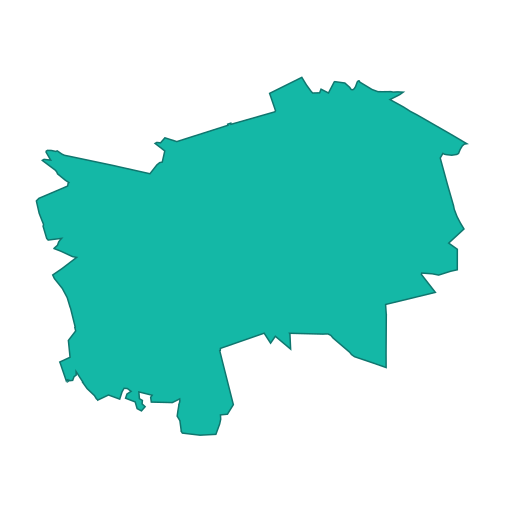 Harare, Harare, Zimbabwe (Mercator projection), rotated 177°
{"feature_id": "62879985B33947363062254", "entity_name": "Harare", "entity_type": "district", "adm_level": 2, "iso_a3": "ZWE", "parent_name": "Zimbabwe", "parent_adm1": "Harare", "projection": "mercator", "projection_center": [31.083, -17.799], "detail": "fine", "context": "isolated", "style": "filled", "palette": "teal", "viewbox_px": 512, "rotation_deg": 177, "n_neighbors": 0, "source": "geoboundaries", "source_scale": "gbopen_adm2", "svg_char_len": 3030}
<svg xmlns="http://www.w3.org/2000/svg" viewBox="0 0 512 512"><g transform="rotate(177 256 256)"><path d="M449.0,371.4L450.5,370.9L454.8,372.1L458.7,372.4L460.0,371.7L460.2,370.7L456.0,362.5L462.6,363.6L464.4,362.7L464.0,362.3L451.8,352.1L450.4,350.0L449.9,348.4L442.3,341.5L439.0,339.1L439.8,338.3L439.9,338.2L440.1,337.1L440.5,335.7L469.7,325.0L470.1,324.7L470.7,324.1L472.4,322.6L472.4,322.4L472.4,322.1L470.3,310.0L467.9,302.7L466.6,299.0L466.6,298.0L467.1,297.0L464.1,284.5L462.7,282.8L449.2,283.8L450.6,282.4L452.3,280.4L453.7,277.1L456.7,274.7L457.0,274.5L457.3,274.0L451.0,271.2L439.3,265.0L435.2,264.0L450.5,253.5L460.0,247.7L458.5,244.0L451.1,233.7L446.7,224.3L444.8,216.6L444.6,215.6L443.9,213.4L440.5,195.7L440.2,194.6L440.7,194.3L440.0,190.6L447.8,181.5L447.7,179.8L447.0,164.6L457.5,160.4L457.1,159.2L452.0,141.2L451.5,142.1L450.4,142.3L450.4,140.5L449.0,141.6L448.6,141.2L445.6,141.4L444.0,145.0L441.8,146.5L441.7,150.0L435.5,139.2L435.8,139.0L431.6,132.4L424.6,125.0L422.9,121.8L421.5,120.5L421.5,120.4L410.6,124.9L399.6,120.2L396.8,127.5L394.7,130.8L391.4,130.4L387.8,127.4L392.1,124.9L393.7,120.8L384.3,116.6L382.7,109.8L378.5,107.3L374.6,111.3L377.5,114.3L377.0,117.7L379.9,119.6L380.1,126.4L367.0,122.4L368.6,120.4L368.2,115.6L347.2,114.0L339.7,117.3L339.7,117.0L339.7,116.8L339.6,115.6L339.6,115.2L339.8,114.9L339.8,114.5L339.8,114.3L339.9,114.0L340.9,111.5L340.9,110.7L342.1,105.4L343.1,100.2L340.6,95.5L340.6,95.4L340.6,95.2L339.8,85.3L340.0,85.1L338.8,83.0L321.3,80.0L305.4,80.0L301.1,90.1L299.8,94.8L299.8,99.2L292.8,99.5L286.7,108.3L286.4,108.7L295.3,153.6L295.6,155.2L297.2,163.4L296.6,163.6L296.4,165.6L251.9,178.5L246.0,168.2L240.9,174.8L226.3,161.2L226.2,176.0L226.6,177.1L193.2,174.5L190.8,174.5L188.2,174.4L185.4,172.8L183.3,170.0L167.4,154.9L165.8,152.6L162.9,150.3L146.6,143.8L131.9,137.8L131.2,152.4L129.0,189.6L128.9,190.8L129.0,191.3L129.1,198.4L129.1,200.8L128.2,201.0L78.8,210.3L91.8,228.9L91.3,230.3L90.7,230.2L80.9,229.0L74.6,227.4L62.3,230.6L55.7,231.7L54.6,252.2L62.9,258.8L46.9,272.1L50.3,278.5L53.2,284.9L55.6,292.3L56.1,295.9L61.1,317.5L66.9,344.2L64.9,347.3L64.0,348.7L62.6,347.8L60.7,347.3L55.3,346.4L50.2,346.9L48.4,347.8L46.5,351.8L44.2,355.2L42.1,356.8L39.6,357.1L52.7,365.8L87.8,388.5L88.3,388.8L88.8,389.1L94.4,392.4L100.8,397.0L101.3,397.3L114.0,405.2L103.9,409.7L100.5,411.9L105.8,412.5L110.5,412.5L112.7,413.1L120.6,413.4L125.6,413.7L131.4,416.2L135.8,419.2L143.2,424.2L143.8,425.5L144.7,425.5L145.8,424.5L147.7,420.0L149.1,418.0L150.5,417.0L151.0,417.0L152.3,417.3L152.5,417.6L153.6,419.5L158.2,424.1L168.2,426.0L168.8,425.7L175.1,415.0L182.3,419.2L183.3,417.0L183.9,415.6L190.9,415.8L192.4,417.6L196.7,424.2L200.9,432.0L233.9,417.7L228.9,400.1L229.6,399.0L274.1,388.8L274.2,390.0L277.4,389.1L277.2,388.0L329.1,374.4L340.8,378.8L345.4,374.0L349.1,374.6L350.9,373.7L341.6,365.7L344.7,354.7L347.3,354.3L350.2,352.2L357.6,343.7L388.4,352.3L392.5,353.5L397.0,354.7L437.3,365.4L442.0,366.6L444.6,368.0L449.0,371.4Z" fill="#14b8a6" stroke="#0f766e" stroke-width="1.5"/></g></svg>